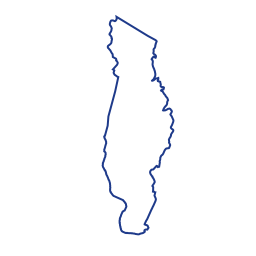 outline of Santo Domingo, Heredia, Costa Rica, rotated 294°
{"feature_id": "36466004B42528660936066", "entity_name": "Santo Domingo", "entity_type": "district", "adm_level": 2, "iso_a3": "CRI", "parent_name": "Costa Rica", "parent_adm1": "Heredia", "projection": "orthographic", "projection_center": [-84.061, 9.988], "detail": "fine", "context": "isolated", "style": "outline", "palette": "blue", "viewbox_px": 256, "rotation_deg": 294, "n_neighbors": 0, "source": "geoboundaries", "source_scale": "gbopen_adm2", "svg_char_len": 5745}
<svg xmlns="http://www.w3.org/2000/svg" viewBox="0 0 256 256"><g transform="rotate(294 128 128)"><path d="M224.9,72.3L224.1,72.8L223.0,73.3L222.0,73.3L220.8,73.0L220.3,72.6L220.2,72.2L220.2,70.9L220.1,70.3L219.7,69.6L219.4,69.0L219.0,68.8L217.6,68.7L215.9,69.0L215.0,69.4L214.5,70.0L213.9,71.1L212.5,72.6L211.1,72.9L210.6,73.1L209.7,73.2L208.3,73.1L207.1,72.9L206.3,72.9L205.9,73.1L205.9,73.4L205.4,74.1L205.0,75.1L204.7,75.6L204.0,76.1L203.5,76.3L203.5,76.5L203.4,76.8L202.2,77.4L200.8,77.6L200.0,77.9L199.1,78.1L198.6,78.1L197.6,77.8L196.3,77.2L195.8,76.8L195.0,76.5L194.9,76.4L194.5,76.4L193.9,76.5L193.2,77.0L193.0,77.3L192.8,78.0L191.9,79.7L191.9,80.0L191.5,80.6L191.0,81.1L189.7,82.9L189.2,83.9L186.7,85.3L186.4,88.8L186.3,89.0L186.0,89.3L185.9,89.4L184.8,89.7L184.5,90.8L183.4,92.1L182.7,92.3L181.3,92.3L175.4,90.4L175.3,91.4L175.0,92.1L173.0,92.3L172.5,92.5L171.4,93.8L171.2,94.3L171.1,94.9L171.0,95.3L170.9,96.0L170.6,97.0L170.6,98.4L156.2,101.4L130.6,105.4L121.8,108.5L112.2,110.0L112.2,109.9L110.4,109.8L110.2,110.1L109.8,110.2L109.5,110.6L109.1,110.8L108.3,111.9L108.0,112.2L107.8,112.6L107.4,112.8L106.6,113.6L106.2,113.8L105.8,113.9L105.2,114.3L103.7,114.4L103.3,114.5L102.3,114.6L101.4,114.8L100.5,114.9L100.0,115.0L98.6,115.1L97.9,115.5L97.0,115.8L96.8,116.6L96.4,117.4L95.9,117.8L95.1,118.1L94.7,118.4L93.8,118.4L93.4,118.6L92.6,118.9L90.2,118.9L89.8,119.1L88.4,119.1L88.0,119.3L85.6,119.3L85.3,119.6L84.0,120.0L83.6,120.0L83.3,120.3L82.6,120.7L82.0,121.3L81.5,122.1L80.3,123.5L80.2,123.9L79.8,124.1L79.8,124.6L78.5,125.9L78.1,126.0L77.4,126.7L77.0,126.9L76.6,127.2L75.8,128.4L75.1,129.0L74.9,129.4L74.1,130.2L73.4,130.8L72.7,131.5L72.6,131.9L71.9,132.6L71.2,133.1L70.7,133.6L70.3,133.9L69.9,134.1L69.7,134.3L69.2,134.5L68.1,135.2L67.2,135.5L66.6,136.0L65.7,136.2L64.9,136.6L64.4,136.7L63.2,137.3L62.9,137.7L62.7,138.1L62.3,138.2L61.9,139.0L61.6,139.3L61.5,139.7L60.6,141.2L60.1,142.4L60.1,152.8L59.7,153.5L59.4,153.9L59.4,154.3L58.9,155.1L58.8,155.5L58.2,156.1L58.2,156.5L57.5,157.2L56.7,157.6L56.3,158.0L55.5,158.5L51.3,158.5L50.7,157.9L50.0,157.6L49.8,157.3L49.4,157.1L45.6,157.1L44.7,157.3L42.4,157.3L41.9,157.4L41.5,157.7L41.1,157.8L40.6,157.8L40.3,158.0L39.9,158.0L38.2,158.8L38.0,159.2L37.5,159.2L36.8,159.8L35.5,160.5L35.0,161.1L34.5,161.2L34.2,161.6L33.1,162.3L32.9,162.7L32.5,162.8L31.8,163.5L31.6,163.9L31.3,164.2L31.3,164.7L31.1,165.0L31.1,168.3L31.3,168.7L31.3,169.1L31.5,169.4L31.8,169.7L31.8,170.2L32.0,170.6L32.4,172.0L32.7,172.4L32.8,172.8L33.2,173.6L33.3,174.4L33.6,174.8L33.7,175.7L34.2,176.9L34.2,177.8L35.0,180.6L35.4,181.3L36.4,182.1L36.6,182.5L36.9,182.7L37.7,183.9L37.8,184.0L38.4,184.6L38.5,184.6L38.9,184.9L39.2,185.1L39.3,185.2L39.9,185.5L40.1,185.5L40.7,184.8L41.4,184.7L42.2,185.2L42.6,185.8L43.0,186.5L43.1,187.0L45.2,187.3L46.4,185.9L46.7,185.7L46.8,185.4L46.9,184.6L46.7,183.7L46.7,182.4L46.8,182.3L50.3,182.3L52.7,182.6L61.5,182.6L61.9,182.6L63.4,182.6L63.8,182.7L66.3,182.7L67.2,182.8L72.3,182.8L73.9,182.6L74.6,182.2L75.0,181.9L77.0,179.7L80.2,179.1L80.1,178.9L80.4,177.8L80.0,176.9L80.0,176.7L80.8,176.5L82.7,175.7L84.2,175.1L84.4,174.9L84.9,173.9L85.4,173.8L86.5,174.1L89.1,174.4L89.4,174.4L90.0,174.1L90.8,173.4L92.4,171.6L92.8,170.6L93.4,170.3L93.7,170.0L93.8,169.4L94.7,168.0L95.3,167.1L96.3,166.3L97.1,166.0L98.2,166.0L99.4,166.4L99.6,166.6L100.4,167.9L100.8,168.1L102.4,168.6L105.0,169.5L105.1,169.9L104.5,170.8L104.4,171.2L105.0,171.7L105.3,172.2L109.5,171.1L109.9,170.8L110.6,170.4L111.4,170.4L112.5,170.2L114.0,169.6L115.9,169.6L116.6,169.8L117.7,170.4L118.7,170.6L122.7,170.6L124.2,171.0L124.9,171.4L125.8,172.8L126.2,173.5L126.6,173.7L127.5,173.6L128.6,173.6L129.5,173.5L130.1,173.1L130.9,171.9L131.4,171.4L132.3,171.2L133.0,170.7L134.0,170.1L135.5,170.1L137.1,170.4L137.8,170.4L138.7,170.3L139.3,170.0L140.3,170.0L141.0,170.1L142.9,170.5L143.7,170.5L144.4,170.3L144.7,169.9L144.9,169.3L144.9,168.8L145.2,167.8L145.6,167.1L146.3,166.8L148.6,167.0L151.9,166.8L152.9,166.6L153.6,166.3L156.6,163.0L156.6,162.8L156.9,162.3L157.0,162.2L157.5,161.3L158.5,161.2L159.3,161.4L160.8,161.4L161.1,161.2L161.7,160.7L161.8,160.2L162.5,159.1L162.6,158.5L162.6,157.9L162.0,157.2L161.7,156.7L160.6,156.0L159.4,155.0L158.8,154.0L158.5,153.5L158.4,152.9L159.3,152.8L160.3,152.8L161.8,153.0L162.3,153.2L162.7,153.2L163.2,153.5L163.4,153.5L164.6,153.9L165.7,153.9L166.1,153.8L166.6,153.7L166.9,153.5L168.0,153.2L169.2,153.2L169.7,153.3L170.6,152.5L170.9,152.1L171.3,151.8L171.5,151.5L172.0,150.3L172.2,150.0L172.3,149.6L172.8,149.1L173.1,148.7L173.5,148.0L173.7,147.3L175.3,145.0L175.4,144.9L175.5,144.6L175.5,143.3L175.6,143.0L176.5,143.1L177.1,143.5L177.3,143.9L177.3,144.1L177.7,144.7L179.4,144.5L179.6,144.3L179.7,144.1L179.7,143.7L179.1,141.9L179.1,141.6L179.6,140.7L180.1,140.5L181.2,140.2L182.4,139.2L183.3,138.6L183.3,137.8L183.0,137.1L183.0,136.2L183.5,135.8L185.1,135.8L185.5,135.6L186.0,135.3L185.9,135.2L185.3,134.5L185.2,134.4L184.4,133.2L182.4,132.2L181.8,131.8L181.1,131.0L181.0,130.8L181.1,130.7L182.1,131.2L182.3,131.2L183.0,131.6L186.3,131.7L187.3,131.5L188.5,131.0L191.1,129.2L191.3,128.9L192.6,127.8L192.9,127.3L193.5,126.8L194.3,125.8L194.8,125.5L195.8,124.7L196.7,124.3L197.3,124.2L199.1,123.5L199.8,122.9L200.0,122.4L200.4,122.0L200.4,121.8L200.6,121.8L200.8,121.6L201.9,121.8L202.4,122.0L203.3,122.2L203.7,122.5L203.7,123.3L203.6,123.6L203.4,123.8L203.4,124.6L204.2,124.6L204.9,124.4L205.2,124.2L205.4,123.9L205.5,123.7L205.8,123.3L206.0,122.6L206.0,122.0L206.3,121.2L206.6,120.7L206.9,120.6L207.7,120.5L208.4,120.3L209.3,119.9L209.7,119.6L210.2,119.4L210.8,119.4L211.8,119.8L213.4,119.8L213.7,119.7L214.2,119.4L214.9,119.4L215.2,119.2L216.2,119.2L216.4,119.0L218.4,119.0L218.9,118.9L219.5,117.5L220.2,108.7L224.9,72.3Z" fill="none" stroke="#1e3a8a" stroke-width="2"/></g></svg>